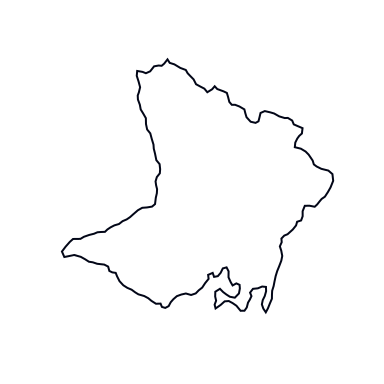 the district of Rio Rufino, Santa Catarina, Brazil, rotated 166°
{"feature_id": "56859067B87271678481012", "entity_name": "Rio Rufino", "entity_type": "district", "adm_level": 2, "iso_a3": "BRA", "parent_name": "Brazil", "parent_adm1": "Santa Catarina", "projection": "orthographic", "projection_center": [-49.748, -27.921], "detail": "fine", "context": "isolated", "style": "outline", "palette": "ink", "viewbox_px": 384, "rotation_deg": 166, "n_neighbors": 0, "source": "geoboundaries", "source_scale": "gbopen_adm2", "svg_char_len": 2883}
<svg xmlns="http://www.w3.org/2000/svg" viewBox="0 0 384 384"><g transform="rotate(166 192 192)"><path d="M52.3,168.7L51.4,175.4L54.5,179.8L60.9,183.2L64.9,186.6L67.1,189.3L67.3,193.3L69.8,200.1L72.0,203.8L75.9,207.7L81.4,210.6L79.8,215.0L76.9,218.4L74.4,220.5L71.2,222.2L69.3,227.2L73.8,230.6L76.9,233.0L77.5,237.1L81.1,240.7L84.1,241.3L89.1,244.3L93.3,248.3L96.7,250.3L101.8,252.9L106.4,252.1L108.4,248.2L110.4,244.5L113.6,243.7L118.1,246.0L121.0,251.4L121.2,255.6L121.2,259.5L125.3,263.5L129.1,266.2L132.3,267.0L134.0,270.4L134.0,275.3L134.2,279.7L137.0,282.0L142.6,285.8L144.4,289.1L147.6,286.8L153.0,285.1L155.0,289.3L158.4,292.3L162.0,295.6L163.2,300.9L165.8,305.3L167.5,308.3L168.5,311.9L173.3,315.2L178.2,320.1L182.4,322.7L183.7,326.6L187.9,323.3L190.9,321.8L193.8,322.8L198.4,323.1L203.4,319.2L208.0,318.4L210.9,320.5L215.9,322.7L217.5,318.1L217.1,312.1L217.0,306.2L219.4,301.6L221.3,298.8L222.1,294.8L221.5,289.3L221.8,284.5L220.4,280.1L218.9,274.8L220.2,269.1L220.4,263.5L218.3,259.0L218.2,253.3L217.9,247.3L218.6,243.3L218.6,238.1L218.9,231.5L216.7,226.9L217.4,221.8L218.7,217.9L222.5,215.0L224.8,211.1L225.2,207.2L225.2,203.2L226.4,199.3L228.5,195.2L230.8,189.2L234.3,187.5L239.3,187.9L244.1,188.7L248.9,187.4L254.6,184.5L258.2,182.6L262.0,181.2L266.4,180.5L270.6,178.6L275.4,178.4L279.6,177.4L283.2,176.1L286.1,174.4L289.9,175.2L293.5,175.8L297.1,175.2L302.1,175.2L307.7,174.7L311.6,173.5L315.4,174.4L318.8,175.2L322.7,173.1L327.9,169.5L332.6,165.7L331.6,159.8L327.3,159.6L321.6,159.4L315.6,156.0L311.9,152.5L308.9,149.3L305.3,147.8L301.4,145.3L294.7,142.8L291.4,139.9L291.3,135.4L288.8,133.3L285.6,132.0L285.1,128.3L283.9,123.0L281.2,118.1L277.9,114.6L274.2,111.8L271.5,108.5L268.8,105.7L263.5,102.6L260.1,99.5L257.7,96.2L254.0,92.3L249.5,91.3L249.0,87.8L246.0,86.0L242.3,86.9L239.3,90.2L236.0,92.5L231.9,94.6L227.2,95.1L222.5,95.0L217.8,92.3L212.9,92.7L209.2,95.0L205.2,96.8L201.3,100.4L196.9,103.7L196.4,107.7L191.5,108.5L191.1,104.3L187.3,104.1L183.8,106.6L180.6,110.4L176.7,110.5L175.7,106.2L177.2,100.4L176.3,95.3L175.2,91.5L171.1,92.6L168.3,90.4L168.9,86.8L171.0,82.2L176.0,79.1L180.6,81.2L183.5,84.3L186.0,87.4L188.3,91.3L193.5,89.6L194.8,85.0L194.9,80.7L197.3,77.2L197.3,73.3L191.5,75.5L186.8,78.0L182.7,77.3L179.5,74.4L176.4,70.9L173.6,65.0L169.8,64.1L166.8,66.7L164.4,71.1L161.9,73.6L159.5,76.6L160.0,80.3L156.3,83.3L151.4,82.6L146.8,83.3L143.2,82.0L144.1,77.8L146.6,73.4L149.5,70.0L151.4,66.0L151.0,61.6L149.5,57.4L146.5,60.7L143.4,65.0L140.3,69.1L139.2,73.2L138.1,76.8L135.6,80.9L133.6,85.2L131.2,90.1L128.5,94.6L125.5,98.7L122.0,103.7L119.9,108.1L119.6,113.4L119.9,118.0L117.1,121.6L116.5,125.2L113.0,127.4L109.5,127.9L103.3,131.2L99.1,134.4L97.2,137.7L93.0,138.0L90.5,141.7L89.3,146.6L85.9,151.3L81.4,150.3L76.5,148.0L73.6,149.6L70.5,152.0L67.9,153.9L64.2,155.3L60.2,159.0L56.5,162.9L52.3,168.7Z" fill="none" stroke="#020617" stroke-width="2"/></g></svg>